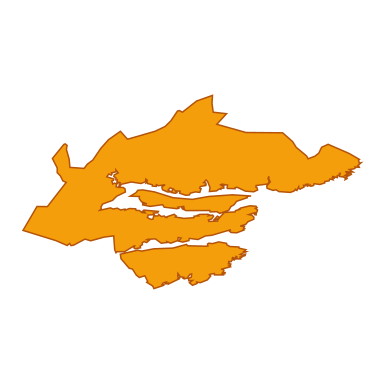 the district of Risør nor, Aust-Agder, Norway
{"feature_id": "86288312B21568126373131", "entity_name": "Risør nor", "entity_type": "district", "adm_level": 2, "iso_a3": "NOR", "parent_name": "Norway", "parent_adm1": "Aust-Agder", "projection": "robinson", "projection_center": [9.161, 58.742], "detail": "fine", "context": "isolated", "style": "filled", "palette": "amber", "viewbox_px": 384, "rotation_deg": 0, "n_neighbors": 0, "source": "geoboundaries", "source_scale": "gbopen_adm2", "svg_char_len": 6107}
<svg xmlns="http://www.w3.org/2000/svg" viewBox="0 0 384 384"><path d="M116.0,252.8L117.0,251.7L124.6,251.7L133.9,246.0L134.7,245.9L133.9,247.8L135.2,248.8L140.5,247.8L140.1,246.1L142.4,244.7L142.2,242.8L143.9,241.7L146.7,242.5L149.6,240.0L146.8,239.7L147.6,239.3L155.4,238.9L161.2,243.2L167.4,242.5L167.0,241.7L170.7,243.2L177.7,240.6L178.2,237.5L181.1,238.1L178.6,241.1L182.7,242.1L188.9,240.6L189.3,238.4L198.0,239.5L205.5,235.9L211.7,235.3L230.8,229.7L229.4,231.1L231.0,232.5L236.8,232.8L243.8,230.1L243.3,229.5L244.7,228.7L243.5,227.9L244.5,226.4L240.2,226.1L245.9,224.2L247.8,221.8L253.8,219.2L253.9,217.2L251.8,215.2L248.8,214.6L254.1,212.9L254.5,214.6L256.1,214.9L256.3,213.6L254.8,213.2L257.0,211.9L257.5,209.9L255.3,208.3L257.0,207.6L256.0,206.2L249.9,205.8L240.7,208.0L239.2,209.0L240.6,209.2L235.5,210.6L235.1,211.9L222.6,212.6L223.6,213.3L219.6,217.5L217.4,216.1L213.4,220.4L219.2,218.2L217.1,220.7L218.3,221.0L211.3,221.4L208.8,221.4L208.4,219.9L211.7,219.0L213.6,216.2L212.6,215.1L208.4,215.7L209.3,214.8L208.0,214.3L199.8,214.4L197.3,215.4L198.1,215.9L194.0,216.2L194.0,217.7L184.0,218.4L175.3,217.0L176.2,215.9L174.1,214.3L166.2,217.0L167.5,217.6L165.4,217.3L164.2,216.0L161.2,216.5L158.8,214.5L158.0,215.9L153.8,216.0L152.8,219.2L150.9,219.4L146.8,217.3L147.6,217.3L148.1,215.0L154.3,214.7L153.4,213.1L157.6,212.8L158.4,211.4L143.9,210.1L142.7,211.1L145.2,211.4L143.9,211.6L145.2,212.8L141.9,212.6L139.4,210.5L136.1,210.4L135.7,208.8L129.5,208.5L124.9,210.2L124.9,209.1L120.6,210.0L117.4,208.2L113.0,209.0L110.5,207.9L99.7,210.3L101.2,208.7L101.0,207.0L102.7,204.0L112.5,200.4L116.7,196.2L125.4,192.0L125.0,188.9L123.3,187.5L118.1,187.4L116.1,186.7L116.7,184.1L114.6,183.1L112.7,184.0L111.8,181.0L113.5,180.4L113.9,179.0L106.8,176.8L108.8,174.0L111.2,175.1L112.0,173.9L111.5,172.8L116.1,171.8L115.9,170.0L118.2,172.9L114.2,174.9L113.8,176.6L115.9,177.7L115.9,179.9L117.3,179.9L116.7,183.6L117.9,183.6L118.4,182.2L120.2,182.7L118.8,186.4L120.0,186.4L121.3,184.3L131.2,182.0L141.1,183.5L145.5,181.7L145.8,179.1L147.3,180.3L146.1,183.0L147.3,182.5L147.7,183.6L152.3,184.7L152.3,186.1L156.4,186.4L156.4,184.7L158.5,185.7L165.1,184.7L161.8,187.0L162.6,189.8L167.6,192.0L171.7,192.0L168.0,190.1L170.1,187.8L173.8,189.2L172.3,190.1L171.7,192.6L175.4,193.3L176.9,192.6L175.4,190.9L180.0,191.2L179.6,193.2L185.8,195.3L189.5,194.9L190.3,193.2L195.3,191.9L199.8,192.4L201.1,188.7L199.6,188.2L200.3,186.5L206.5,185.4L204.8,185.1L206.1,184.3L205.7,182.8L203.6,182.6L206.1,180.0L207.7,181.7L210.0,187.6L209.4,191.5L216.4,190.9L219.7,188.8L220.9,189.3L221.0,188.2L223.8,188.2L223.9,186.8L221.8,185.7L223.2,185.4L221.0,184.6L222.2,184.1L227.6,185.1L227.0,187.9L227.6,188.5L235.1,188.7L235.1,187.6L237.2,187.3L245.3,191.1L253.6,191.8L257.6,190.0L256.9,187.4L255.9,187.2L256.1,185.5L267.8,184.0L269.3,181.6L268.0,178.5L268.9,176.3L268.8,179.1L270.3,181.8L266.7,186.0L267.1,188.3L273.0,190.4L276.1,189.8L278.9,191.6L290.4,192.4L294.1,191.0L295.9,188.7L295.5,190.0L296.9,190.5L298.7,186.8L299.0,188.7L301.0,189.3L300.4,188.9L303.9,187.2L303.6,185.4L305.0,185.9L305.4,184.4L307.9,184.2L306.8,185.8L307.4,186.2L310.0,184.9L310.2,186.1L311.8,186.1L313.6,185.5L314.1,183.7L319.9,184.5L324.8,182.9L324.8,181.5L329.0,180.9L329.8,179.0L333.1,179.8L332.3,178.1L334.4,178.1L334.4,177.0L332.0,176.3L337.3,177.6L337.3,175.6L339.4,175.3L339.4,173.4L340.2,173.4L339.4,176.5L343.5,177.0L345.5,178.2L345.1,179.6L347.2,178.5L346.4,177.1L348.0,175.9L344.9,175.6L347.2,174.0L346.8,172.9L349.1,173.4L347.2,174.3L348.9,175.7L351.4,174.3L350.5,172.6L346.8,172.4L345.2,171.7L353.0,172.0L349.3,169.5L353.9,168.9L355.5,167.8L355.1,167.0L359.3,167.3L358.5,165.7L357.2,166.2L361.0,162.8L359.3,163.1L358.5,160.0L359.4,159.4L349.2,153.5L328.1,144.3L321.6,147.3L318.8,153.1L314.9,156.2L308.1,158.8L306.6,156.0L296.2,147.3L292.6,141.6L282.6,132.8L245.9,132.5L216.8,124.3L226.5,113.7L213.2,112.2L212.0,103.3L212.5,95.4L196.6,101.0L182.4,112.2L179.5,110.6L177.5,111.0L170.9,120.8L165.1,126.5L155.0,131.3L127.5,139.2L120.4,131.3L108.6,139.6L100.7,148.5L92.9,160.0L87.3,164.2L84.1,168.4L69.9,167.4L69.2,159.3L66.4,149.3L67.1,145.4L65.2,143.9L63.9,144.4L52.4,158.5L57.2,167.9L57.2,172.7L60.3,175.8L62.9,180.9L66.2,182.4L47.4,206.6L37.0,206.5L23.0,230.4L55.9,240.6L67.2,245.5L69.6,243.5L71.0,245.6L73.5,245.2L85.0,239.1L90.7,240.8L104.1,237.1L113.7,235.9L114.7,249.7L116.0,252.8ZM153.9,288.6L163.3,285.5L164.0,284.9L162.1,284.4L163.2,282.9L166.0,282.1L164.8,284.0L166.6,282.7L166.7,283.7L168.3,283.1L168.3,284.1L179.2,278.8L178.2,278.2L179.2,277.6L177.8,276.7L177.9,273.5L180.4,276.8L183.8,277.3L183.0,278.2L184.2,278.9L187.1,278.2L190.0,274.3L191.7,274.0L191.3,277.1L188.4,278.5L188.8,280.7L192.3,280.5L189.4,282.7L192.5,285.3L197.0,283.5L196.6,282.1L200.3,282.7L207.4,279.9L210.7,276.0L209.4,274.6L210.3,274.2L214.4,273.5L214.4,274.9L223.1,274.9L222.3,273.8L223.5,273.8L222.3,272.9L224.7,273.8L225.1,272.6L222.7,272.6L223.9,270.7L223.5,269.6L221.0,269.3L230.5,266.8L228.9,265.4L230.5,265.4L230.8,264.0L228.5,263.4L229.3,262.0L228.1,261.4L231.0,261.7L232.6,259.5L234.3,260.0L234.9,259.2L232.2,258.6L232.6,257.5L235.5,258.4L236.0,256.4L237.0,257.0L236.4,258.9L240.5,258.9L240.1,258.1L241.3,257.5L240.5,257.0L245.1,255.6L245.5,254.2L242.6,255.3L240.1,254.4L246.3,251.7L243.8,251.4L245.9,249.7L239.2,248.2L238.9,247.0L229.9,246.5L227.0,244.9L226.5,243.3L218.7,241.9L212.5,243.6L208.7,243.2L207.5,244.0L207.9,246.0L206.2,246.2L187.6,245.8L186.5,244.4L172.8,248.1L153.8,248.8L141.8,251.1L137.7,250.2L120.3,254.2L121.0,258.7L129.2,268.3L132.5,269.1L136.3,275.1L139.3,277.5L144.8,275.8L147.7,281.4L146.7,282.3L152.7,286.0L153.9,288.6ZM142.8,189.9L137.8,190.3L135.9,192.8L130.1,196.2L139.4,196.5L139.2,198.5L141.5,201.8L147.0,203.9L142.7,203.3L142.7,204.9L150.1,206.4L162.6,204.7L164.2,207.2L177.0,208.7L178.7,208.3L177.9,207.2L183.7,206.4L184.1,208.3L182.0,208.1L182.4,208.9L186.1,210.6L209.8,210.5L210.1,211.9L216.8,211.7L219.8,213.4L228.7,210.3L231.0,206.5L234.0,204.8L236.6,201.3L247.3,197.7L246.9,196.4L251.1,196.0L232.5,194.8L208.5,196.5L192.3,199.4L173.0,197.7L154.5,191.9L142.8,189.9Z" fill="#f59e0b" stroke="#b45309" stroke-width="1.5"/></svg>